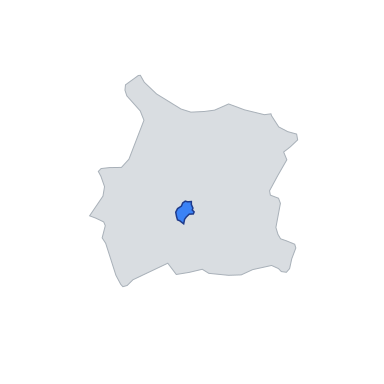 Kosovo, with Kosovo Polje highlighted, rotated 136°
{"feature_id": "KOS-5898", "entity_name": "Kosovo Polje", "entity_type": "District", "adm_level": 1, "iso_a3": "XKX", "parent_name": "Kosovo", "parent_adm1": "", "projection": "equal_earth", "projection_center": [21.026, 42.608], "detail": "fine", "context": "in_parent", "style": "filled", "palette": "blue", "viewbox_px": 384, "rotation_deg": 136, "n_neighbors": 0, "source": "natural_earth", "source_scale": "10m", "svg_char_len": 1302}
<svg xmlns="http://www.w3.org/2000/svg" viewBox="0 0 384 384"><g transform="rotate(136 192 192)"><path d="M118.7,144.3L135.4,139.0L137.8,135.3L134.1,127.4L136.3,122.4L156.3,108.2L159.6,101.8L160.8,96.8L158.1,91.5L154.4,83.1L156.2,79.6L166.6,74.7L175.0,69.1L179.9,68.7L183.0,72.7L183.0,76.9L185.8,83.9L192.0,87.7L202.2,94.0L214.2,98.2L223.6,106.7L236.4,121.8L238.3,129.3L249.8,136.1L260.6,143.6L258.9,157.6L295.4,169.9L303.6,169.8L307.5,171.9L307.4,175.1L304.6,184.9L289.7,215.1L288.5,221.4L277.8,228.0L276.3,231.8L279.4,240.1L282.2,246.0L258.9,250.9L251.2,256.6L246.6,266.6L245.1,271.9L241.1,272.0L234.3,266.8L225.7,258.7L214.6,259.4L176.7,277.0L172.9,286.3L172.1,306.4L169.5,311.8L165.4,315.3L149.7,313.1L148.1,311.8L150.1,304.1L149.4,287.2L142.3,259.4L137.3,250.2L127.0,241.2L118.9,235.2L104.5,229.9L97.2,214.7L86.2,197.3L80.9,193.4L81.8,191.7L84.4,178.6L81.3,169.1L76.5,161.0L79.8,156.1L90.0,156.2L98.3,157.1L101.4,149.3L118.7,144.3Z" fill="#d9dde1" stroke="#a8b0b8" stroke-width="1"/><path d="M209.4,178.0L213.5,178.0L216.3,177.5L220.1,174.9L220.8,179.8L221.8,182.0L220.1,185.2L217.7,188.8L213.9,190.1L209.4,189.2L206.3,190.6L203.2,190.1L201.9,187.9L199.1,185.6L201.2,183.4L202.5,179.8L204.3,178.9L204.3,176.2L206.3,175.3L209.4,178.0Z" fill="#3b82f6" stroke="#1e3a8a" stroke-width="1.5"/></g></svg>